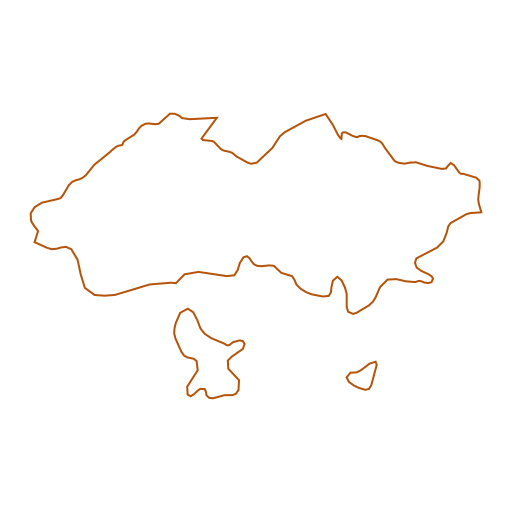 the border of Ferghana
{"feature_id": "UZB-364", "entity_name": "Ferghana", "entity_type": "Region", "adm_level": 1, "iso_a3": "UZB", "parent_name": "Uzbekistan", "parent_adm1": "", "projection": "orthographic", "projection_center": [71.33, 40.325], "detail": "fine", "context": "isolated", "style": "outline", "palette": "amber", "viewbox_px": 512, "rotation_deg": 0, "n_neighbors": 0, "source": "natural_earth", "source_scale": "10m", "svg_char_len": 3073}
<svg xmlns="http://www.w3.org/2000/svg" viewBox="0 0 512 512"><path d="M430.1,275.3L431.7,276.3L433.0,278.8L431.5,282.2L428.1,283.1L424.3,282.5L421.4,281.3L419.5,280.9L418.1,281.1L415.3,282.1L405.8,281.3L396.3,279.1L387.5,279.6L380.0,287.2L375.6,297.3L373.0,301.6L369.1,305.3L356.4,312.9L353.1,313.9L348.2,311.8L346.7,307.0L346.7,294.0L345.0,287.6L341.6,280.5L337.3,276.8L332.9,280.7L331.5,286.8L330.9,292.3L328.8,295.9L322.9,296.5L311.5,294.3L306.0,292.1L300.8,288.9L296.5,284.7L294.5,280.0L292.2,276.2L281.4,272.9L273.8,265.8L269.0,265.4L261.4,266.2L257.4,265.9L254.1,264.4L251.6,261.5L249.5,258.2L247.0,256.2L243.6,257.2L239.8,263.0L237.7,270.0L234.3,275.3L226.6,276.1L198.6,271.9L184.6,274.3L175.9,283.2L170.9,282.7L149.5,284.5L115.1,294.9L104.7,295.7L94.6,295.0L84.9,287.9L80.7,274.4L77.6,259.8L71.3,249.2L66.0,246.9L61.4,247.4L56.9,248.7L51.6,249.2L46.6,247.6L34.6,242.2L38.0,231.2L37.3,229.9L35.3,227.4L34.8,226.9L34.9,227.0L31.8,222.3L31.4,221.4L31.0,219.9L30.7,213.3L34.6,207.2L41.8,202.7L58.3,198.9L60.7,198.0L63.1,194.9L69.0,185.0L72.3,181.8L75.6,180.3L79.2,179.4L82.8,177.7L85.9,175.1L94.4,164.7L109.1,152.8L112.7,149.5L116.1,146.8L118.2,145.8L122.1,145.0L122.9,143.7L123.3,142.3L124.2,141.0L127.9,138.6L134.1,134.7L136.7,131.8L138.9,128.5L141.6,125.7L145.6,123.7L148.9,123.5L155.5,124.2L158.7,123.8L170.0,113.7L174.8,113.8L178.6,115.4L180.5,116.7L182.1,118.1L189.7,119.2L216.8,117.8L201.5,138.6L202.8,140.0L212.2,141.0L214.0,141.9L220.8,149.0L222.5,150.1L225.0,150.9L229.4,151.8L232.1,152.8L236.9,156.7L247.8,162.7L251.2,163.8L256.7,162.7L272.4,147.9L279.9,136.3L284.6,132.3L305.8,120.7L325.6,114.0L332.8,124.8L338.0,134.9L340.4,138.3L341.4,138.9L341.8,133.3L343.3,132.3L345.8,132.4L352.3,135.7L355.4,136.9L357.8,137.1L359.0,136.2L361.6,135.8L365.5,136.1L378.0,140.4L380.7,141.9L382.7,144.2L384.9,147.9L394.6,161.0L396.5,162.0L398.8,162.8L404.5,163.7L409.3,162.7L416.1,162.3L427.3,165.9L441.8,168.9L445.9,168.5L448.5,165.2L450.8,163.0L454.2,165.4L459.0,172.3L460.7,173.7L463.5,173.9L476.0,177.6L479.4,180.6L479.6,182.2L479.7,183.9L479.6,187.7L478.8,193.6L478.2,199.2L478.8,203.6L480.9,210.8L481.3,212.3L470.3,213.1L466.3,214.2L450.4,223.2L448.2,226.5L446.8,232.4L443.4,241.2L437.1,247.6L416.3,258.4L415.0,262.9L416.7,267.6L421.3,270.9L428.3,274.1L430.1,275.3ZM187.8,308.7L193.2,312.2L197.2,319.9L200.5,328.5L204.7,333.8L211.2,338.1L224.7,343.8L225.6,344.5L226.5,345.1L228.3,345.4L229.5,344.9L232.2,342.8L233.5,342.0L239.7,340.4L242.7,341.0L244.6,343.9L242.9,348.9L231.7,356.7L227.8,360.6L228.3,368.7L239.0,380.2L238.5,390.0L235.9,393.8L232.5,395.1L224.4,395.2L212.9,398.3L209.3,397.9L206.5,395.3L205.9,391.8L204.8,389.1L200.2,388.9L197.5,390.8L194.1,394.1L190.7,396.2L187.6,394.6L187.2,386.6L197.7,370.3L196.6,361.1L193.8,358.8L187.4,357.4L184.2,355.7L181.4,351.8L175.5,338.6L174.2,333.5L174.5,328.2L175.9,322.7L180.2,312.8L187.8,308.7ZM375.6,361.7L376.7,364.9L371.3,385.1L368.9,389.0L365.2,389.8L358.9,387.9L354.2,385.7L349.0,382.0L346.6,377.4L350.5,372.7L356.6,372.4L360.8,370.3L369.6,363.6L375.6,361.7Z" fill="none" stroke="#b45309" stroke-width="2"/></svg>